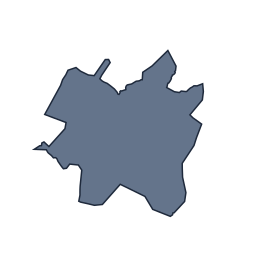 Tureta, Sokoto, Nigeria (orthographic projection), rotated 24°
{"feature_id": "59680162B25728635468586", "entity_name": "Tureta", "entity_type": "district", "adm_level": 2, "iso_a3": "NGA", "parent_name": "Nigeria", "parent_adm1": "Sokoto", "projection": "orthographic", "projection_center": [5.499, 12.518], "detail": "fine", "context": "isolated", "style": "filled", "palette": "slate", "viewbox_px": 256, "rotation_deg": 24, "n_neighbors": 0, "source": "geoboundaries", "source_scale": "gbopen_adm2", "svg_char_len": 1747}
<svg xmlns="http://www.w3.org/2000/svg" viewBox="0 0 256 256"><g transform="rotate(24 128 128)"><path d="M178.2,57.2L174.0,61.4L171.1,62.6L170.1,64.3L168.7,66.1L167.6,68.4L166.9,70.4L166.3,71.1L165.4,71.4L163.5,72.0L161.6,72.6L160.5,74.7L155.6,76.0L146.9,75.3L146.8,74.0L146.3,71.8L146.3,70.7L146.8,70.5L147.0,70.1L147.1,69.2L147.4,68.1L147.5,66.5L147.5,66.2L147.5,65.6L147.5,65.2L147.2,64.6L146.9,64.1L147.0,63.6L147.2,62.4L147.0,61.6L147.8,60.9L148.5,59.4L148.6,58.2L147.7,57.4L148.1,56.4L147.8,55.4L146.7,51.9L132.9,41.0L124.7,61.6L118.8,71.1L121.4,78.1L120.3,78.6L119.5,79.9L118.4,80.8L116.8,81.7L116.3,82.1L113.4,86.3L110.1,88.7L109.7,89.1L109.3,90.2L109.3,90.8L109.4,91.9L110.4,93.8L107.1,96.8L106.2,97.0L106.1,97.3L105.8,98.0L106.2,98.4L106.3,98.8L106.3,99.6L106.3,100.1L106.1,101.0L104.9,101.1L104.4,100.5L103.4,99.7L99.7,97.9L95.6,96.8L90.9,95.7L87.6,95.8L85.5,95.6L83.6,95.0L82.3,94.5L82.5,90.5L85.1,75.5L82.4,73.3L79.4,74.7L75.8,93.9L70.2,95.7L61.5,95.4L55.9,93.9L49.7,99.6L49.6,102.6L49.6,104.5L48.6,110.4L49.1,116.5L46.4,149.5L69.2,148.2L70.7,154.3L63.3,177.1L56.9,174.9L55.4,176.7L56.1,179.3L54.6,180.1L51.0,185.6L56.3,183.5L62.3,181.1L64.2,182.6L65.5,183.3L69.3,184.3L72.0,185.6L74.0,184.5L75.5,185.0L77.8,187.1L82.8,190.1L84.1,190.8L85.6,191.5L88.2,189.8L89.4,184.7L97.7,182.0L102.9,185.3L107.9,200.5L109.1,203.6L109.5,204.5L110.4,206.6L111.4,208.8L112.1,211.8L112.7,214.3L112.8,214.9L114.8,215.0L122.7,213.4L128.7,212.3L135.7,208.3L143.8,182.6L171.3,183.6L183.7,192.3L202.6,191.5L204.0,189.2L203.6,187.3L204.6,186.7L209.6,172.1L207.2,163.5L197.9,150.8L193.9,142.6L191.9,138.2L195.4,117.2L194.5,108.9L193.7,94.5L183.2,92.3L179.2,90.8L184.5,72.1L182.0,64.0L178.2,57.2Z" fill="#64748b" stroke="#1e293b" stroke-width="1.5"/></g></svg>